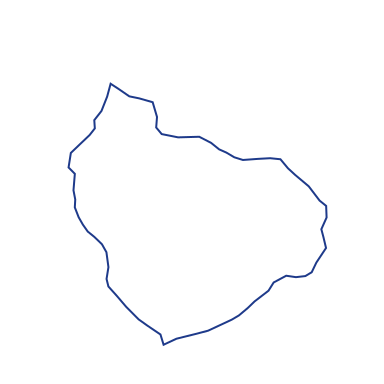 outline of Leonarisso, Cyprus, rotated 65°
{"feature_id": "46923920B82945546489957", "entity_name": "Leonarisso", "entity_type": "district", "adm_level": 2, "iso_a3": "CYP", "parent_name": "Cyprus", "parent_adm1": "", "projection": "robinson", "projection_center": [34.124, 35.465], "detail": "fine", "context": "isolated", "style": "outline", "palette": "blue", "viewbox_px": 384, "rotation_deg": 65, "n_neighbors": 0, "source": "geoboundaries", "source_scale": "gbopen_adm2", "svg_char_len": 984}
<svg xmlns="http://www.w3.org/2000/svg" viewBox="0 0 384 384"><g transform="rotate(65 192 192)"><path d="M59.5,220.0L69.7,228.6L80.3,239.8L85.6,250.2L93.3,253.2L97.1,260.7L101.6,274.1L105.4,285.3L117.6,293.5L126.0,290.5L140.4,298.7L149.5,301.0L156.4,304.7L167.0,305.4L175.4,304.7L183.8,303.2L191.4,299.5L201.3,295.7L210.4,295.0L224.8,299.5L234.7,306.2L242.3,307.7L254.5,304.0L268.2,300.2L284.9,294.2L294.1,289.0L307.8,280.8L318.4,282.3L318.4,268.1L322.2,248.7L324.5,236.0L324.5,222.6L324.5,209.9L323.7,201.7L320.7,190.5L317.6,181.5L313.8,164.4L308.5,156.2L307.7,142.0L313.1,133.8L316.1,124.8L315.3,117.4L308.5,109.1L299.4,94.2L288.7,92.0L280.4,90.5L272.0,80.8L261.3,76.3L253.7,80.0L236.2,83.8L220.3,91.2L211.1,95.0L199.7,98.0L194.4,106.9L189.9,118.1L184.5,132.3L178.4,139.0L170.8,144.2L164.8,149.4L155.6,153.9L145.0,162.1L136.6,181.5L126.7,195.0L118.4,197.2L109.2,192.0L94.0,189.7L84.9,200.2L78.8,208.4L67.4,215.1L59.5,220.0Z" fill="none" stroke="#1e3a8a" stroke-width="2"/></g></svg>